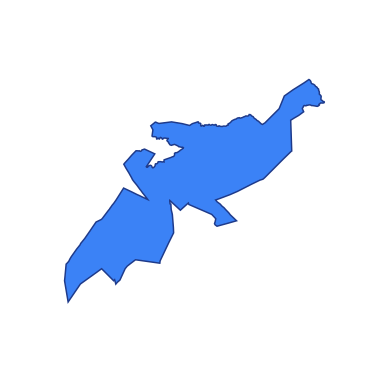 San Lucas, Chiapas, Mexico, rotated 110°
{"feature_id": "50627088B14023395668353", "entity_name": "San Lucas", "entity_type": "district", "adm_level": 2, "iso_a3": "MEX", "parent_name": "Mexico", "parent_adm1": "Chiapas", "projection": "robinson", "projection_center": [-92.743, 16.628], "detail": "fine", "context": "isolated", "style": "filled", "palette": "blue", "viewbox_px": 384, "rotation_deg": 110, "n_neighbors": 0, "source": "geoboundaries", "source_scale": "gbopen_adm2", "svg_char_len": 5984}
<svg xmlns="http://www.w3.org/2000/svg" viewBox="0 0 384 384"><g transform="rotate(110 192 192)"><path d="M253.1,271.9L258.9,273.4L263.7,274.6L264.4,274.8L265.6,275.1L268.6,275.9L272.4,276.9L278.4,279.0L279.9,279.1L285.2,280.9L294.0,283.3L296.5,283.8L299.3,284.1L302.3,285.3L302.8,285.6L315.4,282.3L319.0,281.4L337.7,270.8L316.6,265.4L295.0,250.7L302.2,235.3L300.9,234.7L304.6,232.1L302.4,231.3L299.4,229.6L287.0,228.6L283.8,227.5L280.9,225.7L275.0,221.9L269.9,197.9L267.6,198.4L247.4,196.5L236.7,195.3L231.8,197.3L220.0,202.7L218.7,203.5L216.3,205.1L215.3,205.7L210.6,207.7L210.7,208.5L208.0,209.9L207.5,210.0L213.1,196.7L203.6,191.7L204.8,190.7L206.3,165.8L209.0,160.5L211.8,160.1L214.1,160.0L215.0,158.9L215.6,156.8L209.1,147.6L203.8,140.3L200.3,148.3L199.0,150.3L197.0,154.4L195.8,156.6L195.0,159.0L193.7,161.4L192.7,164.9L191.4,167.1L189.2,164.4L181.5,155.4L175.8,149.4L164.4,138.8L157.6,132.2L155.7,129.7L153.7,128.6L129.4,117.3L119.7,112.6L119.4,112.3L90.8,123.8L87.7,121.4L83.5,117.9L78.4,114.5L76.1,116.7L75.7,116.9L75.4,116.9L74.6,116.6L73.3,116.6L73.1,116.4L72.5,116.3L72.3,116.0L72.3,115.7L72.2,115.4L72.2,115.0L72.1,114.7L71.8,114.1L71.2,113.8L71.1,113.2L70.9,112.9L70.5,112.4L70.1,111.7L69.7,110.7L69.9,109.3L69.5,108.0L69.2,106.6L68.8,104.1L68.6,103.4L68.2,103.1L67.8,102.6L67.0,102.2L66.8,102.6L66.5,102.7L65.9,102.5L65.8,102.2L65.6,102.1L65.0,102.0L64.3,101.5L63.9,100.1L63.2,98.6L62.7,98.4L62.3,98.4L62.1,98.5L61.9,99.0L62.0,99.5L62.0,99.9L61.8,100.4L61.6,100.9L61.4,101.1L61.4,101.8L61.2,102.2L60.7,102.6L60.4,102.7L60.2,102.7L59.1,103.1L58.4,103.1L57.9,103.5L57.3,103.9L56.7,105.3L56.4,105.9L55.3,106.2L54.8,106.4L53.7,107.1L53.4,107.6L52.6,108.1L52.3,108.1L52.0,108.3L51.8,108.7L51.7,109.2L51.4,109.8L51.0,110.1L50.6,110.9L50.6,111.3L50.5,112.0L49.6,113.2L49.5,113.6L49.2,114.5L49.2,115.1L49.2,116.6L48.9,117.0L48.7,117.3L48.1,117.8L47.5,118.1L47.4,118.4L47.1,118.6L46.6,119.5L46.4,120.0L46.3,120.6L51.2,124.1L61.5,132.1L70.2,138.1L83.9,138.6L102.1,147.1L104.4,148.9L104.3,150.3L103.8,151.3L103.7,151.7L103.3,152.6L103.0,153.2L102.8,153.6L102.7,154.0L102.6,155.1L102.3,155.9L102.1,156.2L101.7,157.2L101.6,158.0L101.2,159.1L100.9,159.5L100.4,160.1L100.2,160.9L100.2,161.4L100.1,162.0L99.8,162.6L99.5,163.0L99.4,164.0L99.7,164.8L100.2,164.8L100.8,164.9L101.1,165.1L101.5,165.5L101.7,165.9L102.0,166.9L102.1,167.4L102.7,168.0L103.2,168.3L103.5,168.9L105.1,170.4L105.3,170.8L105.7,171.4L106.0,171.7L106.2,172.1L106.1,172.5L106.0,172.8L106.0,173.1L106.2,173.3L106.5,173.7L106.9,174.5L107.2,174.8L108.1,175.3L108.3,175.5L108.8,176.2L109.0,176.4L109.3,176.9L110.0,177.5L110.8,178.3L111.7,179.0L112.1,179.1L113.1,179.5L114.0,180.0L114.6,180.3L115.2,181.0L115.8,181.4L116.1,181.3L116.3,181.2L116.4,180.9L116.7,180.9L116.9,181.0L117.2,181.6L117.3,181.8L118.0,182.2L118.6,182.7L118.9,183.7L119.0,184.2L119.1,184.6L119.6,185.4L120.1,186.0L120.5,187.3L120.7,188.1L120.5,188.4L120.5,188.9L120.7,189.4L121.2,189.6L121.6,190.9L121.5,191.4L121.4,191.8L121.0,192.1L120.7,192.1L120.5,192.4L120.5,192.8L120.6,193.1L120.8,193.4L121.4,193.8L121.6,194.1L121.6,195.8L121.8,196.2L122.7,196.9L122.8,197.1L122.9,197.7L122.8,198.3L122.7,198.6L122.6,199.0L122.8,199.3L123.2,199.4L123.5,199.6L123.7,199.9L123.8,200.4L123.8,200.8L124.4,202.1L124.4,202.4L124.5,202.8L124.8,203.0L125.7,202.9L126.1,203.1L126.2,203.4L126.2,203.7L126.1,203.8L125.9,204.0L125.7,204.4L125.8,204.9L126.7,205.6L126.9,205.9L126.8,206.3L126.6,206.4L126.4,206.6L125.9,206.8L125.3,206.9L124.9,207.2L124.7,207.3L124.6,207.7L124.6,208.1L124.9,209.2L124.7,209.7L124.0,210.0L124.1,210.4L124.4,211.0L124.6,211.1L127.7,215.1L130.3,217.0L131.1,224.6L133.1,235.2L138.9,246.5L138.9,248.8L138.8,249.1L138.8,249.8L138.9,250.4L143.9,253.4L146.5,250.5L147.0,250.0L153.1,248.7L153.3,248.1L153.4,247.6L152.9,246.5L152.6,244.9L152.7,244.5L152.8,244.2L153.0,243.9L153.8,243.5L154.1,243.5L154.3,243.2L154.1,242.9L153.3,242.5L153.0,242.1L152.9,241.6L153.2,241.3L153.5,241.0L153.4,240.8L153.0,240.6L152.6,240.5L152.2,240.5L151.9,240.5L151.5,240.3L151.5,239.9L151.5,239.4L151.7,238.8L152.1,238.5L152.4,238.1L152.4,237.6L152.0,237.4L151.6,237.3L151.2,237.1L150.9,236.6L150.6,236.1L150.3,234.7L150.1,233.6L150.0,233.2L149.8,232.6L150.0,232.5L150.6,233.0L151.9,233.2L152.3,233.1L152.6,232.7L152.8,232.2L153.0,231.6L153.2,231.3L153.3,231.2L153.5,231.1L153.8,230.9L154.0,230.6L154.1,230.1L154.3,229.9L155.0,229.3L155.1,229.1L155.2,228.1L155.2,227.4L155.1,227.2L154.8,226.8L154.4,226.5L154.1,225.9L153.4,225.0L153.2,224.5L153.5,221.4L153.8,220.1L154.0,219.7L153.8,219.4L153.5,216.8L153.3,216.4L153.1,216.0L153.6,214.6L153.6,214.8L153.8,215.0L154.2,215.4L155.0,215.9L155.6,216.4L156.6,217.1L156.8,217.3L157.5,217.6L160.1,219.5L160.6,220.7L161.0,221.2L161.4,221.4L161.6,221.6L161.9,221.6L162.4,221.3L163.1,221.1L163.7,221.1L164.4,221.2L164.9,221.5L165.2,221.8L165.4,222.2L165.9,222.8L166.5,223.3L171.3,229.2L172.8,228.8L173.3,228.6L173.3,228.8L173.4,229.4L173.8,229.8L174.0,230.3L174.2,231.9L174.4,232.3L174.6,232.9L174.9,233.7L175.3,234.2L176.1,234.1L176.5,234.2L177.5,234.7L177.7,235.1L177.8,235.5L178.0,235.9L178.5,236.0L179.6,235.7L180.2,235.7L181.7,236.2L182.1,236.4L182.4,236.7L182.7,237.3L182.5,237.8L182.0,238.2L181.5,238.7L181.2,239.2L181.1,239.6L181.1,240.3L181.5,240.9L182.1,241.5L183.4,242.0L183.9,242.3L184.2,242.7L184.2,243.0L183.9,243.6L168.9,240.0L167.9,251.2L168.5,252.1L169.1,252.7L169.4,253.3L171.1,253.9L171.4,254.3L171.5,254.9L171.4,255.2L171.3,255.7L171.5,255.9L171.7,256.3L171.8,256.9L172.4,258.7L177.0,260.8L178.4,261.4L182.9,263.1L186.5,264.6L187.2,264.9L189.2,265.6L192.1,262.3L195.6,257.9L199.5,253.4L200.7,252.2L202.1,250.1L204.4,246.2L207.3,241.9L207.9,240.8L209.9,237.9L210.5,236.8L211.9,234.6L213.7,231.7L214.2,231.0L214.1,232.4L213.6,237.9L213.3,240.7L213.2,242.6L212.5,248.8L211.7,257.6L223.6,260.2L225.8,260.7L227.7,261.2L229.5,261.7L231.7,262.5L234.0,263.1L235.6,263.6L236.1,263.6L238.0,264.3L247.8,267.3L248.9,267.9L251.3,270.2L252.9,271.8L253.1,271.9Z" fill="#3b82f6" stroke="#1e3a8a" stroke-width="1.5"/></g></svg>